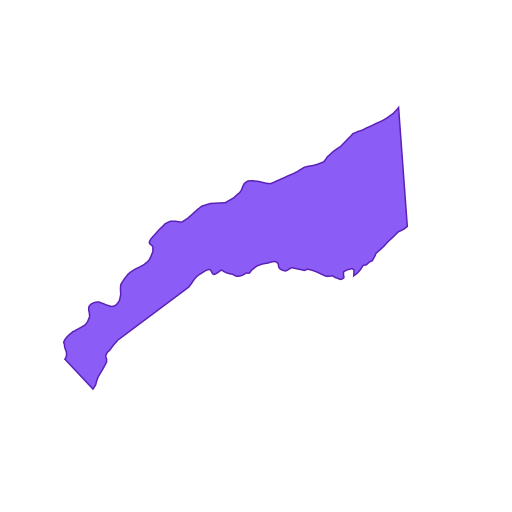 the district of Morne Lezard Estate, Choiseul, Saint Lucia, rotated 37°
{"feature_id": "8701671B19228970825308", "entity_name": "Morne Lezard Estate", "entity_type": "district", "adm_level": 2, "iso_a3": "LCA", "parent_name": "Saint Lucia", "parent_adm1": "Choiseul", "projection": "equal_earth", "projection_center": [-61.026, 13.777], "detail": "fine", "context": "isolated", "style": "filled", "palette": "violet", "viewbox_px": 512, "rotation_deg": 37, "n_neighbors": 0, "source": "geoboundaries", "source_scale": "gbopen_adm2", "svg_char_len": 5521}
<svg xmlns="http://www.w3.org/2000/svg" viewBox="0 0 512 512"><g transform="rotate(37 256 256)"><path d="M163.1,309.8L163.3,309.9L164.3,310.3L166.4,310.2L167.9,310.7L168.6,311.2L169.7,313.0L171.0,314.4L171.7,317.3L172.4,319.7L173.0,323.2L172.8,326.1L172.1,328.4L171.9,330.0L171.5,330.9L169.6,335.0L167.4,339.2L166.0,343.0L165.4,344.6L164.7,347.8L164.8,349.0L164.6,353.5L164.8,355.4L165.1,359.8L165.8,361.3L167.8,364.2L169.5,366.2L171.2,368.2L171.6,369.2L172.5,371.0L172.9,371.8L173.9,374.5L173.8,379.1L172.7,381.5L172.1,382.2L170.5,383.6L168.5,384.2L165.6,385.3L162.7,385.9L160.3,386.8L158.6,387.0L157.5,387.8L155.6,389.6L154.6,391.0L153.3,393.4L152.9,396.1L153.3,397.5L154.8,399.8L157.0,401.6L159.6,404.5L161.1,410.1L161.0,414.0L159.3,418.1L156.8,423.5L156.2,425.3L155.4,426.3L155.1,427.1L155.0,428.1L154.4,430.3L154.0,432.6L153.7,434.5L153.7,437.8L154.3,440.7L156.2,441.9L158.2,444.1L162.5,446.9L164.4,449.3L165.4,451.9L165.4,453.4L205.9,460.4L205.6,455.8L203.5,450.4L202.6,446.9L201.6,437.5L200.5,430.6L198.8,428.3L196.0,426.3L195.2,422.3L195.8,419.7L195.8,412.5L196.2,408.2L196.2,406.5L221.0,321.3L221.0,316.1L220.9,315.8L220.9,314.9L220.8,313.2L220.8,311.9L220.8,310.3L220.9,309.7L221.0,308.4L221.2,307.4L221.6,305.9L221.9,304.8L222.6,303.2L223.2,301.5L223.9,299.7L224.5,298.1L225.1,296.9L225.9,295.9L226.7,295.0L227.5,294.6L228.0,294.6L228.6,294.7L229.2,295.0L231.6,296.1L232.8,296.3L233.5,296.0L234.1,295.4L234.7,294.2L235.2,293.0L235.9,290.8L236.6,288.5L236.7,288.1L237.4,287.9L238.8,287.8L239.7,287.7L240.9,287.5L241.8,287.3L242.9,287.0L243.6,286.8L244.7,286.4L245.8,286.0L246.7,285.5L247.3,285.1L248.1,284.8L249.3,284.5L250.2,284.4L251.0,284.3L251.9,284.1L252.7,283.8L253.7,283.1L254.3,282.6L254.9,281.9L255.7,281.0L256.3,280.2L256.8,279.3L257.3,278.2L257.8,277.2L257.9,276.6L258.4,275.5L259.1,274.9L259.7,274.7L260.5,274.1L261.1,273.4L261.1,271.9L261.0,271.1L261.0,270.4L261.0,269.7L261.5,268.2L261.7,267.2L262.0,266.0L262.3,265.0L262.7,263.6L263.3,262.4L264.0,261.4L264.4,260.7L265.1,259.8L265.6,258.9L266.9,257.5L268.3,255.9L269.2,255.0L269.7,254.6L270.3,253.7L270.7,253.1L271.3,252.3L272.0,251.3L272.8,250.5L273.5,249.9L274.5,249.0L275.1,248.7L276.1,248.5L276.5,248.5L277.2,248.6L278.2,248.8L279.0,249.4L279.5,249.9L280.2,250.6L280.7,251.0L281.3,251.4L282.1,251.7L282.9,251.8L283.9,251.8L285.3,251.5L286.1,251.3L286.6,251.1L287.9,250.5L288.4,250.3L289.0,249.6L289.4,248.8L289.8,247.9L290.2,246.9L290.6,245.9L291.1,244.7L291.5,244.1L292.3,243.3L293.4,243.0L294.2,242.6L295.4,242.1L296.7,241.4L297.7,241.0L298.6,240.6L299.6,240.1L300.9,239.3L301.8,239.2L302.6,238.8L303.3,238.4L303.8,237.8L304.3,236.8L304.6,236.3L305.1,235.5L305.6,235.1L306.8,234.7L307.3,234.5L308.4,234.0L309.4,233.6L310.8,233.2L312.0,232.8L313.3,232.4L313.8,232.3L315.3,231.9L316.9,231.6L318.5,231.3L320.8,230.8L322.3,230.5L323.9,230.0L324.6,229.7L325.2,229.4L326.1,228.6L326.7,228.0L327.5,227.3L328.4,226.4L328.9,226.0L329.6,225.7L330.5,225.6L331.0,225.6L331.9,225.6L332.5,225.5L333.3,225.0L334.9,224.7L335.8,224.5L336.4,224.2L336.8,224.2L337.4,223.9L338.0,223.5L338.3,222.9L338.9,221.9L339.0,221.4L339.2,220.7L339.1,220.1L338.6,219.6L338.1,219.3L337.7,218.9L336.8,217.8L335.4,215.9L335.8,214.9L336.2,214.3L336.7,212.9L337.3,212.0L337.9,211.3L338.4,210.6L339.0,209.9L339.6,209.2L340.2,208.4L340.8,208.3L341.4,208.2L342.0,208.0L342.7,208.3L343.0,208.7L343.9,209.9L345.7,212.5L346.0,213.0L346.3,211.9L346.6,210.8L347.1,209.2L347.3,208.2L347.4,207.1L347.5,205.9L347.6,204.5L347.6,203.6L347.5,202.6L347.4,201.9L347.3,200.4L347.2,199.3L347.3,198.9L347.9,198.2L348.5,197.6L349.4,196.8L350.2,192.5L351.7,189.8L351.0,184.4L350.2,181.7L351.5,175.4L352.3,171.2L352.7,165.7L354.1,158.1L355.0,151.5L357.9,145.6L359.1,141.4L280.5,51.6L280.5,52.9L280.2,55.9L279.9,58.4L279.8,59.6L278.8,62.7L278.5,63.6L278.4,63.9L277.6,66.7L276.1,70.5L275.2,72.4L274.5,73.7L273.1,76.2L272.4,77.3L271.4,79.4L269.8,82.6L267.4,86.8L265.1,91.6L264.2,92.9L263.9,93.3L262.6,95.0L262.2,95.7L261.7,96.6L261.1,97.9L259.8,99.8L259.7,100.2L259.6,102.5L259.5,103.3L259.5,103.8L259.1,105.9L259.0,106.8L258.9,107.4L257.6,117.9L256.8,119.8L256.7,120.1L256.5,120.6L254.9,125.8L254.7,126.7L254.4,128.1L254.2,129.3L253.5,133.0L253.3,134.0L253.5,136.2L253.4,140.3L253.2,140.5L251.2,143.6L250.1,145.4L248.6,147.5L247.9,148.4L246.8,149.7L245.2,151.4L244.8,151.8L243.9,152.7L243.7,153.0L243.2,153.5L241.1,156.2L240.6,157.6L239.8,159.5L237.9,164.5L237.1,165.8L236.8,166.6L236.2,168.0L235.2,169.5L233.5,172.4L232.9,173.5L232.3,174.6L231.9,175.6L231.5,176.2L229.6,179.5L228.4,181.9L228.2,182.2L227.2,183.7L227.0,184.3L226.7,184.9L225.7,186.9L225.1,187.7L224.7,188.3L224.3,189.3L223.1,190.1L222.7,190.4L221.0,191.4L219.9,192.0L217.3,193.1L213.7,194.7L213.3,194.9L212.6,195.2L212.3,195.3L212.1,195.5L211.9,195.6L210.9,196.3L209.7,197.0L209.0,197.3L206.3,199.3L205.4,200.1L204.5,200.8L203.8,202.3L203.0,205.3L203.2,206.4L203.4,207.3L203.4,207.7L203.7,208.6L203.9,209.3L204.0,209.6L204.1,210.3L204.7,211.9L204.7,212.4L204.8,214.7L204.8,215.5L204.1,217.6L203.9,219.1L203.4,221.8L203.4,222.4L200.9,228.3L200.6,229.0L200.4,229.5L199.6,231.5L199.4,231.9L198.4,232.8L193.8,236.6L188.6,241.0L187.7,241.8L185.8,244.5L182.8,248.7L182.3,250.3L181.8,252.4L181.4,253.6L180.5,258.2L179.6,263.0L179.1,264.9L178.8,267.0L178.4,268.0L176.5,273.1L176.3,273.8L175.7,274.1L174.2,274.9L170.7,276.7L166.8,279.7L165.4,282.1L164.8,283.3L163.9,285.4L163.8,287.3L163.3,290.2L162.8,293.2L162.6,296.0L162.1,301.8L161.8,305.4L162.1,308.2L162.7,309.5L163.1,309.8Z" fill="#8b5cf6" stroke="#5b21b6" stroke-width="1.5"/></g></svg>